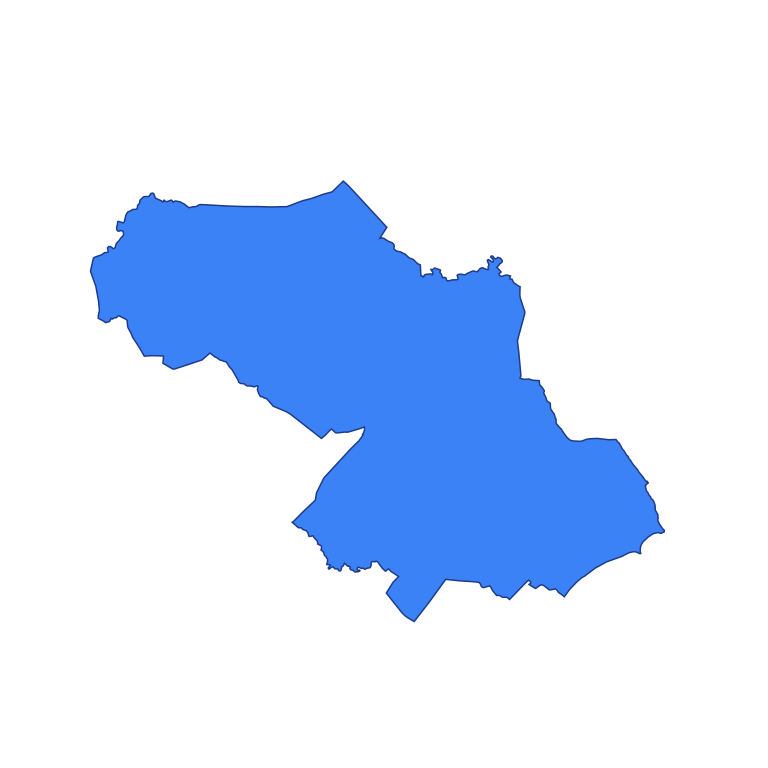 the district of Ham Thuan Nam, Bình Thuận, Vietnam, rotated 314°
{"feature_id": "81297802B68049284687871", "entity_name": "Ham Thuan Nam", "entity_type": "district", "adm_level": 2, "iso_a3": "VNM", "parent_name": "Vietnam", "parent_adm1": "Bình Thuận", "projection": "natural_earth1", "projection_center": [107.897, 10.938], "detail": "fine", "context": "isolated", "style": "filled", "palette": "blue", "viewbox_px": 768, "rotation_deg": 314, "n_neighbors": 0, "source": "geoboundaries", "source_scale": "gbopen_adm2", "svg_char_len": 6116}
<svg xmlns="http://www.w3.org/2000/svg" viewBox="0 0 768 768"><g transform="rotate(314 384 384)"><path d="M234.1,570.7L259.7,567.9L286.3,564.1L294.3,574.3L305.4,587.5L307.3,590.3L307.2,591.9L306.0,594.8L306.2,596.2L307.0,597.3L311.6,599.9L312.3,601.0L310.8,605.7L310.1,611.9L312.2,613.9L312.6,616.6L313.3,617.9L315.9,620.4L316.2,624.0L341.1,624.0L343.3,624.3L343.6,625.8L343.4,627.1L342.4,627.8L340.5,627.6L342.0,634.6L342.3,635.1L348.0,636.2L349.3,637.2L350.0,639.1L350.7,645.8L352.3,647.4L355.7,649.5L355.9,651.5L355.2,654.2L355.9,657.5L356.2,661.5L365.4,660.2L375.9,660.2L382.5,660.9L384.9,661.7L398.2,663.8L410.5,667.6L424.9,674.7L432.7,677.4L436.4,679.8L437.7,681.2L438.9,683.2L439.4,685.4L440.1,686.3L440.4,686.4L441.4,684.8L443.9,682.5L446.2,681.0L450.2,680.0L453.3,680.1L457.9,680.4L463.0,681.5L466.6,683.6L467.6,684.5L468.9,686.9L472.0,688.3L473.5,687.4L473.4,685.2L474.6,679.1L476.3,675.4L478.1,674.3L479.4,672.4L480.1,672.1L481.9,666.4L483.1,665.5L483.7,664.4L484.3,664.2L485.7,662.2L487.0,659.3L487.4,657.7L487.1,655.9L488.1,653.8L488.1,652.1L489.2,649.1L489.4,647.2L492.3,642.6L492.7,642.4L493.8,642.8L495.5,642.2L496.0,642.8L496.5,642.5L496.2,641.4L496.7,641.4L496.8,640.8L496.2,640.2L496.1,638.9L497.0,635.0L497.7,628.7L498.5,625.6L499.3,618.2L500.3,614.6L500.4,612.2L501.5,609.8L501.3,607.9L502.7,602.9L502.8,600.8L504.9,594.0L504.7,593.1L505.2,589.4L500.4,584.8L493.0,575.2L487.7,570.2L484.6,567.9L480.5,566.0L479.2,565.1L474.5,559.7L472.9,556.9L472.7,552.6L473.5,547.7L474.7,543.0L474.8,539.3L475.3,535.1L478.3,532.1L478.7,530.4L480.6,527.4L481.5,522.4L482.2,520.7L485.6,517.0L485.6,515.7L485.0,513.8L485.4,512.2L486.5,510.3L488.5,505.0L490.3,504.3L490.6,503.7L491.4,500.2L491.6,496.5L494.2,493.3L489.9,488.2L488.3,484.8L484.7,481.6L482.8,478.4L482.7,477.6L484.7,477.0L487.9,473.5L500.9,458.4L507.8,449.9L532.5,436.3L533.8,435.0L540.8,421.8L543.1,419.2L548.5,414.3L547.7,411.7L547.1,407.4L547.4,405.8L548.3,403.4L547.0,401.3L547.4,400.9L549.6,400.0L548.0,397.1L546.9,395.9L543.1,393.9L542.6,392.6L542.6,391.0L543.5,390.0L545.6,390.5L546.0,390.1L546.4,384.0L548.7,384.2L550.6,383.8L553.5,384.3L554.6,383.8L555.0,382.9L555.4,380.5L554.3,378.0L552.2,377.6L551.4,377.1L551.2,376.2L551.4,373.5L551.1,372.7L550.4,372.2L549.4,372.6L549.3,376.1L548.3,377.4L547.6,377.6L547.0,377.1L546.1,372.7L545.0,372.3L544.3,373.0L542.6,376.7L540.6,377.5L538.8,379.5L537.5,378.0L536.4,374.9L535.7,373.7L534.0,373.0L529.3,373.1L527.6,370.1L526.9,369.3L521.5,367.1L519.1,366.6L518.3,365.9L516.6,363.2L514.4,361.3L513.0,361.1L511.4,363.9L510.7,364.4L510.0,364.3L506.0,360.5L503.6,359.3L502.2,357.8L502.2,356.9L503.2,355.3L503.3,354.6L502.7,353.5L501.2,352.3L502.8,348.9L503.1,346.7L505.2,345.5L502.9,340.3L502.2,339.7L500.3,339.7L499.0,338.2L498.4,340.5L498.4,341.6L496.5,343.0L495.9,342.7L495.9,341.6L495.3,340.8L491.5,337.6L490.2,337.4L488.7,338.2L488.2,337.8L488.1,336.0L487.7,335.6L488.3,334.5L494.9,327.4L493.9,324.6L493.9,318.5L492.2,314.4L492.1,309.0L491.0,306.2L490.6,304.3L488.4,300.7L488.1,299.5L488.2,297.3L488.7,296.6L490.2,295.7L491.2,294.3L491.3,291.8L489.6,287.8L488.7,282.7L487.4,280.7L485.9,279.8L498.7,277.2L501.6,226.6L501.9,219.1L501.7,213.8L486.1,213.2L479.0,208.9L466.8,202.8L459.2,198.1L444.2,191.0L432.1,179.0L424.3,170.3L415.2,160.9L402.9,147.3L385.9,127.6L384.3,126.5L381.3,125.7L378.5,123.3L375.3,121.2L374.7,115.3L373.4,110.9L371.0,107.1L370.2,106.5L368.4,106.2L368.7,104.0L368.5,103.2L364.4,101.2L363.5,100.0L363.6,98.4L363.2,98.0L361.9,98.7L361.3,98.3L361.1,96.5L359.1,91.1L359.1,90.1L360.9,86.2L360.7,85.0L359.2,84.0L356.3,84.5L355.1,84.3L353.0,82.0L351.5,81.0L346.6,80.8L344.4,82.6L341.3,82.7L338.9,84.5L338.0,84.7L334.7,81.8L332.6,81.5L330.2,80.3L329.0,80.3L326.2,81.0L320.7,84.3L319.5,84.6L318.5,84.1L316.6,80.1L315.7,79.7L313.5,81.5L310.9,82.9L309.3,84.7L309.1,85.9L309.5,86.9L311.7,88.3L312.4,89.5L312.4,90.7L310.8,92.7L309.4,93.3L306.0,93.3L303.0,93.9L299.1,93.8L295.3,95.9L293.4,95.4L292.8,91.7L291.6,90.5L289.8,90.5L287.8,93.6L286.9,93.9L284.4,91.8L280.6,91.0L274.4,87.9L272.8,87.5L262.0,94.0L261.0,94.9L254.2,108.7L245.0,121.5L239.3,128.1L234.3,131.3L232.8,132.9L234.6,139.2L234.7,141.1L238.4,143.2L241.6,142.0L241.9,143.3L242.3,143.6L243.9,143.9L246.0,145.5L248.1,145.4L248.9,145.8L251.4,153.9L251.2,155.1L247.6,159.3L246.6,160.9L244.6,167.3L243.0,170.7L240.2,183.0L237.5,192.2L243.2,197.4L250.7,205.6L250.7,206.2L245.3,210.6L247.9,221.1L248.6,222.3L249.6,223.1L274.9,236.4L285.4,237.3L286.0,243.4L286.9,245.7L287.3,249.4L288.7,251.8L289.1,253.2L290.4,254.9L288.9,261.2L288.7,264.9L285.4,276.4L284.4,278.2L284.5,279.6L285.3,281.2L287.0,283.2L287.2,285.9L287.6,286.9L289.8,289.3L291.9,292.7L294.5,293.9L294.9,294.4L294.6,295.3L292.1,296.7L290.2,300.2L289.1,303.9L290.5,305.5L290.6,307.3L291.6,309.1L291.9,310.3L291.1,319.9L296.1,332.5L297.3,337.7L301.4,376.8L305.9,377.3L314.8,377.3L315.2,378.1L315.2,382.2L315.4,383.1L316.6,384.6L322.1,389.1L324.3,391.5L335.4,397.8L339.3,399.6L337.7,401.8L334.4,403.3L332.6,403.7L332.7,404.4L325.9,405.4L313.7,405.1L274.8,406.0L259.9,410.7L258.3,411.4L252.8,415.3L235.3,414.5L222.1,414.4L220.8,414.0L221.1,421.8L221.6,423.0L223.1,424.1L222.9,426.4L224.5,429.9L224.3,432.2L222.4,435.6L222.4,436.2L225.5,438.4L224.8,441.0L224.8,444.8L222.8,447.7L223.9,450.6L223.9,451.5L222.8,452.9L220.8,454.0L221.1,456.4L220.6,458.1L219.4,460.1L219.6,462.0L219.0,463.4L219.0,464.7L216.9,466.9L214.5,468.0L214.4,468.4L216.4,470.5L216.5,471.1L213.0,471.7L212.6,472.2L212.7,473.1L215.6,473.5L217.1,474.4L216.9,477.1L218.8,479.1L218.3,481.0L218.9,482.3L220.3,482.4L223.0,480.6L225.2,481.0L227.1,480.1L227.7,480.1L227.7,484.1L229.0,486.5L227.5,487.8L227.2,489.0L228.3,490.8L228.6,493.7L231.2,495.9L232.5,496.5L233.1,496.2L233.1,495.7L231.8,494.3L231.8,493.7L232.6,492.9L234.1,492.6L234.7,493.2L235.7,496.0L237.2,497.0L237.2,498.5L237.5,499.0L239.9,499.9L241.8,501.4L243.0,501.4L244.4,500.9L246.3,499.1L247.5,498.7L248.5,499.2L249.9,501.1L251.1,501.3L251.6,503.1L250.3,510.5L250.3,514.6L250.6,515.2L254.2,515.6L254.0,519.5L255.7,528.2L247.5,528.3L235.2,530.9L231.9,556.0L231.9,559.8L232.3,563.3L234.1,570.7Z" fill="#3b82f6" stroke="#1e3a8a" stroke-width="1.5"/></g></svg>